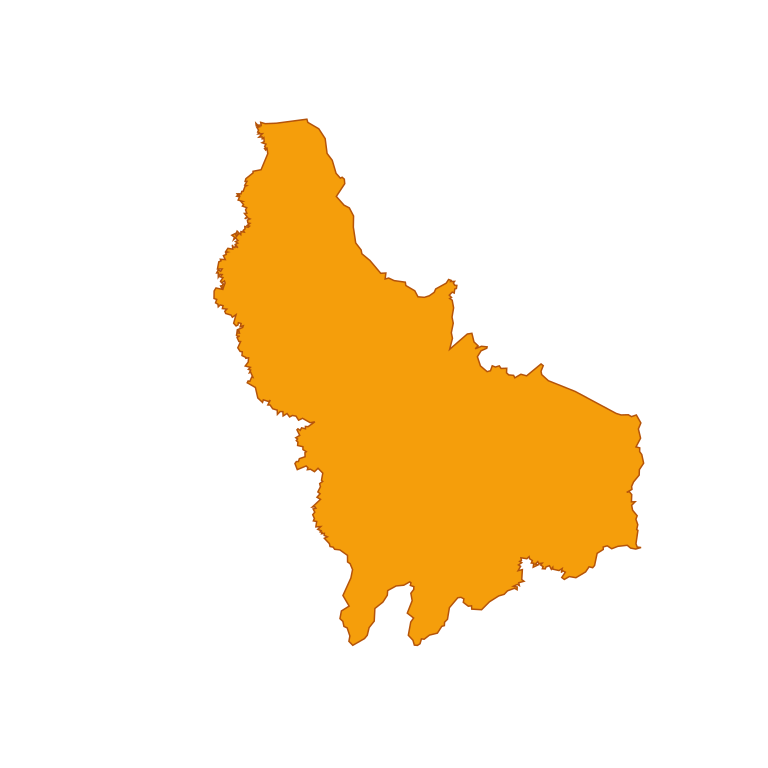 Khon San, Chaiyaphum, Thailand (Robinson projection), rotated 233°
{"feature_id": "78962969B85168062919429", "entity_name": "Khon San", "entity_type": "district", "adm_level": 2, "iso_a3": "THA", "parent_name": "Thailand", "parent_adm1": "Chaiyaphum", "projection": "robinson", "projection_center": [101.768, 16.554], "detail": "fine", "context": "isolated", "style": "filled", "palette": "amber", "viewbox_px": 768, "rotation_deg": 233, "n_neighbors": 0, "source": "geoboundaries", "source_scale": "gbopen_adm2", "svg_char_len": 6170}
<svg xmlns="http://www.w3.org/2000/svg" viewBox="0 0 768 768"><g transform="rotate(233 384 384)"><path d="M560.5,304.3L554.6,299.7L552.2,301.3L550.2,298.3L547.6,299.4L545.4,298.1L545.7,300.8L543.4,302.6L541.5,300.3L538.4,303.5L537.9,300.6L535.6,300.0L531.1,303.3L528.6,303.1L528.4,307.5L523.0,300.5L519.4,300.8L519.0,302.9L520.6,304.6L518.3,306.3L516.4,303.7L515.2,306.7L514.2,305.1L515.6,299.5L514.0,297.9L514.0,300.2L511.6,299.2L513.2,297.5L511.8,295.5L510.0,295.8L509.3,297.7L509.5,294.6L505.3,293.7L504.2,295.0L500.9,289.0L496.6,288.7L495.0,290.2L492.2,287.7L487.6,290.0L488.0,288.5L486.4,291.6L483.2,288.7L481.9,284.0L477.7,287.3L477.3,284.5L475.4,285.9L474.0,283.3L473.6,284.6L468.1,283.3L469.1,282.5L466.9,278.5L468.2,277.3L467.3,275.5L458.6,279.2L448.8,274.8L442.4,275.9L444.0,278.1L439.4,281.3L439.6,283.5L437.2,278.6L435.8,280.4L431.2,280.2L427.4,283.0L423.9,280.6L424.5,284.5L422.8,286.6L419.2,284.2L418.8,288.8L414.5,288.8L414.0,291.9L411.3,294.4L406.5,294.0L405.6,298.3L397.5,301.8L395.4,306.0L395.6,297.7L397.4,295.7L395.5,294.3L398.6,291.8L397.4,289.2L400.0,288.3L399.8,286.9L393.7,285.8L394.2,281.2L392.1,281.9L391.6,279.9L389.4,280.3L386.9,278.0L382.7,281.5L380.4,279.8L376.7,281.2L376.7,279.5L373.4,277.2L375.3,271.5L373.6,269.0L374.8,267.3L374.1,265.0L367.8,263.2L365.4,272.5L363.0,272.9L361.7,271.2L360.2,274.0L355.8,275.7L356.4,280.6L349.7,281.5L344.7,276.1L343.1,276.4L343.2,272.7L340.2,271.4L337.6,266.2L334.8,266.9L333.9,262.3L330.1,263.9L328.9,252.7L327.6,254.9L325.7,254.9L326.9,252.2L323.3,251.6L322.5,248.4L318.5,247.5L317.2,245.2L314.7,247.5L310.9,243.6L308.2,247.7L307.8,243.6L304.7,245.5L304.3,244.0L302.8,245.2L302.0,244.0L300.6,246.5L299.1,245.1L296.0,246.8L296.7,243.5L289.4,244.3L286.7,243.1L284.3,245.2L281.7,245.1L278.1,248.9L269.1,251.7L263.8,247.8L260.9,248.8L254.7,247.2L249.0,240.8L239.8,223.9L227.6,222.5L228.4,213.4L223.1,207.6L219.2,208.3L214.5,206.1L211.4,207.8L203.3,205.1L199.6,201.1L194.1,201.8L192.4,215.2L193.4,219.4L198.4,225.5L200.5,233.5L210.2,241.6L210.5,251.9L213.3,259.5L216.8,262.6L215.4,272.2L211.4,278.7L210.5,285.5L209.0,285.9L207.3,283.8L204.2,285.9L202.0,284.1L200.7,279.5L194.0,276.1L187.0,264.7L179.3,266.8L177.8,262.1L168.7,252.2L161.9,252.9L157.2,251.1L155.1,253.4L154.9,256.5L157.9,260.5L156.0,262.5L156.1,269.2L152.9,276.7L155.7,284.3L154.7,286.8L157.3,289.0L157.9,293.1L166.0,301.6L168.9,314.3L167.3,317.1L164.3,318.5L161.9,315.9L155.8,317.6L154.2,320.4L151.4,318.6L145.0,326.1L146.6,337.2L145.7,348.1L143.7,353.4L144.5,358.2L142.3,365.3L139.6,366.5L141.7,368.2L144.6,365.6L143.7,369.9L141.6,370.8L144.2,372.0L142.2,377.1L144.9,376.3L152.5,382.8L154.2,378.7L156.2,383.4L158.6,382.5L158.4,386.5L160.7,385.6L160.4,387.6L162.8,388.8L158.5,392.9L158.8,396.0L156.8,395.1L153.7,396.2L152.4,393.9L150.7,395.7L147.9,392.9L146.8,398.2L149.1,396.4L149.6,399.9L147.5,399.5L145.7,402.5L145.2,400.2L142.4,401.1L141.2,399.3L139.3,401.5L140.4,403.3L139.3,406.8L135.3,406.1L136.0,408.4L134.5,407.4L129.7,411.5L129.4,415.3L126.7,412.1L127.3,414.3L124.6,415.6L122.5,409.5L119.4,410.4L118.7,416.1L113.8,420.7L112.6,431.9L114.6,437.8L111.7,440.1L112.3,442.9L120.5,452.3L119.9,459.5L121.9,461.0L120.4,464.9L115.4,466.7L113.6,473.1L108.8,481.2L104.5,482.2L100.7,485.7L98.7,490.9L101.4,488.1L104.8,489.1L114.3,498.7L115.7,498.2L118.9,502.0L124.4,503.8L126.4,506.9L133.6,506.6L138.1,508.8L138.8,513.7L141.0,510.7L146.6,515.3L150.4,515.1L151.4,512.6L150.6,518.6L153.2,520.1L155.6,524.4L157.7,533.0L161.9,536.4L164.5,543.7L172.5,547.4L176.2,547.5L179.1,549.8L182.1,547.4L186.3,556.3L195.0,560.1L198.3,565.7L207.4,566.9L209.0,562.0L212.4,560.6L216.6,554.7L220.8,551.7L263.0,532.2L287.8,517.2L296.6,515.6L299.7,517.1L302.8,522.2L305.5,521.5L304.7,502.8L309.4,499.2L310.2,492.2L312.9,492.7L316.2,489.1L319.2,488.6L322.7,491.5L326.0,486.8L329.1,487.0L330.5,483.2L333.4,481.4L330.5,477.0L331.8,473.8L340.4,471.9L349.6,475.0L352.1,481.5L350.7,487.6L351.6,488.7L355.5,484.5L357.2,478.0L357.8,482.1L363.5,481.2L371.6,484.7L373.8,480.6L372.2,457.3L379.3,466.2L384.4,468.6L390.9,475.9L396.5,478.6L402.9,485.4L409.9,488.9L412.7,487.9L412.5,490.0L415.7,489.6L416.3,493.8L414.4,494.8L417.3,497.7L416.7,499.3L418.9,501.5L420.3,499.9L422.9,500.2L423.5,502.1L425.8,498.8L426.3,500.0L428.6,498.5L427.1,494.3L428.8,482.5L427.0,479.3L427.2,473.3L428.9,468.4L433.2,463.6L439.9,464.7L449.5,460.7L452.5,462.3L460.5,454.3L465.8,451.5L467.2,448.1L471.5,452.3L474.4,448.0L491.1,447.1L501.3,444.7L504.8,446.4L513.7,446.3L527.7,453.9L536.5,460.8L545.5,462.3L550.9,459.7L562.5,458.8L567.6,473.2L571.5,475.6L574.3,475.0L574.7,473.0L581.1,472.5L593.8,477.3L602.4,477.3L615.4,484.7L627.1,485.5L638.8,480.6L641.9,481.8L657.1,454.9L663.4,445.8L667.2,443.0L664.6,441.7L666.9,438.9L669.3,438.6L667.0,437.3L664.4,439.3L665.3,436.9L662.3,436.6L661.2,434.7L659.8,435.6L659.5,433.9L657.1,437.5L656.4,432.7L654.8,435.3L653.1,434.3L653.1,436.3L649.7,434.2L650.1,431.8L646.6,434.1L645.5,431.6L643.5,431.8L643.9,430.3L642.0,430.3L642.4,432.3L637.9,429.8L629.1,414.8L632.7,407.4L631.4,406.5L631.1,397.3L629.4,395.0L628.3,396.5L626.6,392.5L625.1,393.6L625.6,392.1L622.7,387.6L623.4,386.3L621.9,384.3L624.3,381.1L622.8,381.0L622.6,379.4L621.1,380.7L622.2,382.1L620.7,381.8L618.7,378.2L615.0,380.9L615.6,379.6L611.8,379.8L611.3,378.0L607.4,380.5L606.4,378.2L602.9,377.2L604.2,375.2L599.9,375.3L599.8,372.2L599.2,374.8L596.5,376.3L597.1,373.5L594.6,372.2L593.0,373.6L593.0,370.2L591.0,371.6L590.8,370.0L593.5,367.6L591.5,366.3L591.4,364.0L589.4,363.8L591.8,361.5L589.5,359.5L594.5,358.7L593.0,356.2L591.3,357.9L590.6,354.9L593.7,355.8L594.4,352.0L591.2,352.9L589.8,350.8L590.0,353.4L586.5,353.7L587.1,351.1L584.5,352.0L585.0,349.2L580.8,349.4L583.6,348.0L582.8,347.0L584.0,346.0L586.4,346.6L582.7,344.4L586.3,341.0L585.0,337.3L583.4,338.6L584.2,336.6L582.4,336.0L583.2,333.0L578.9,332.1L582.1,328.4L580.5,328.0L581.0,325.6L576.1,320.2L573.3,324.0L572.3,321.4L574.8,320.2L573.4,317.2L572.5,318.5L569.1,316.0L570.3,319.0L568.8,320.6L568.1,317.7L565.9,319.4L564.4,315.2L562.5,315.2L562.3,318.6L560.3,317.9L559.1,316.0L561.1,315.9L559.8,314.2L560.6,312.5L558.2,312.1L558.3,314.7L556.5,312.2L561.8,307.6L560.5,304.3Z" fill="#f59e0b" stroke="#b45309" stroke-width="1.5"/></g></svg>